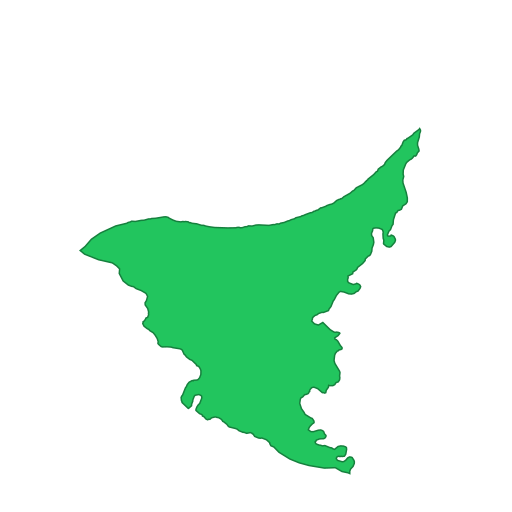 Ramón Villeda Morales, Gracias a Dios, Honduras (Natural Earth projection), rotated 291°
{"feature_id": "27666195B49147516395854", "entity_name": "Ramón Villeda Morales", "entity_type": "district", "adm_level": 2, "iso_a3": "HND", "parent_name": "Honduras", "parent_adm1": "Gracias a Dios", "projection": "natural_earth1", "projection_center": [-83.403, 15.103], "detail": "fine", "context": "isolated", "style": "filled", "palette": "green", "viewbox_px": 512, "rotation_deg": 291, "n_neighbors": 0, "source": "geoboundaries", "source_scale": "gbopen_adm2", "svg_char_len": 6084}
<svg xmlns="http://www.w3.org/2000/svg" viewBox="0 0 512 512"><g transform="rotate(291 256 256)"><path d="M86.5,421.5L88.8,420.6L91.2,420.7L94.3,422.0L97.5,422.1L99.1,421.6L100.3,420.7L102.3,418.0L102.3,416.7L101.9,415.3L100.3,413.9L97.6,413.0L95.6,411.7L94.8,410.3L94.4,405.3L95.6,403.5L97.2,403.5L98.4,404.4L98.8,405.4L98.8,406.3L99.6,407.2L99.6,408.1L100.8,410.3L103.1,410.8L107.9,409.9L109.5,409.1L109.9,408.2L109.9,405.9L109.1,403.2L107.6,400.9L103.6,398.6L103.6,396.8L104.0,395.5L103.6,393.6L103.7,388.2L102.5,386.0L102.5,384.2L102.1,382.8L102.1,379.6L102.9,378.3L103.7,377.8L104.5,378.3L105.7,378.3L108.1,381.0L109.7,384.7L110.8,385.6L112.4,386.0L113.6,385.6L114.4,383.8L116.4,382.0L116.8,380.7L116.8,378.8L115.7,376.6L112.5,372.5L111.7,370.2L112.5,367.1L114.9,367.1L116.5,367.5L119.7,368.9L120.9,369.8L121.7,369.8L122.9,369.0L124.5,366.7L124.5,364.9L125.7,358.6L127.3,356.8L129.7,353.2L134.1,349.6L138.1,348.7L139.7,348.8L141.2,350.1L144.0,351.1L144.4,352.0L146.0,353.8L146.8,354.2L147.9,354.2L148.7,354.7L149.5,354.3L150.7,354.3L153.1,355.2L154.3,357.0L154.3,361.1L152.2,366.9L152.6,367.8L152.6,369.2L153.4,370.1L155.8,369.7L159.3,370.6L161.3,370.2L161.3,371.1L162.5,374.2L164.1,375.6L166.5,376.1L168.0,377.9L170.4,378.4L172.4,377.9L174.0,377.0L177.2,376.2L178.4,375.3L184.0,368.1L186.4,366.3L191.5,365.0L193.5,365.0L196.3,365.9L197.1,366.9L198.3,367.3L199.0,368.7L200.2,369.6L201.4,369.1L202.6,366.9L205.8,362.9L206.6,361.1L206.6,359.7L207.0,359.3L207.8,358.8L211.0,361.1L213.8,362.0L214.2,361.6L214.2,360.2L213.8,358.4L213.0,357.1L213.0,355.7L213.8,351.6L217.9,342.2L213.9,339.0L213.6,334.9L215.2,331.3L217.2,331.3L218.7,330.9L221.5,332.3L223.1,334.1L224.7,335.0L227.0,337.7L227.4,339.1L231.0,343.2L232.6,343.2L235.7,344.1L241.7,344.2L243.3,344.7L248.0,345.2L252.0,346.5L253.2,347.5L253.9,351.1L253.9,356.1L254.7,358.8L256.2,361.0L258.6,362.4L259.8,363.8L263.0,364.7L264.9,364.7L266.1,363.4L266.5,362.0L266.6,359.8L265.8,359.3L264.2,357.0L264.2,352.5L265.0,350.7L267.4,349.8L268.6,349.9L270.2,349.0L274.1,352.6L275.7,352.2L278.9,354.5L280.1,354.9L281.7,354.9L287.2,358.2L290.8,359.5L292.4,359.1L296.3,360.9L297.1,361.9L298.3,362.3L301.9,362.4L305.0,361.5L308.6,361.5L311.0,361.1L315.0,358.9L316.6,356.6L318.6,355.7L321.3,355.8L323.3,355.3L324.1,355.8L325.3,358.0L326.1,360.8L326.0,364.4L324.0,366.2L322.1,366.6L318.1,368.4L316.5,369.7L313.3,370.6L312.9,371.0L311.7,374.6L312.1,377.3L313.2,378.7L318.4,380.6L320.4,380.6L321.6,380.1L323.6,377.9L324.0,376.6L324.0,374.7L323.2,374.7L322.8,374.3L322.0,372.5L322.0,371.6L322.8,371.1L326.8,371.2L328.8,372.1L333.1,372.1L334.7,372.6L339.1,371.3L346.2,370.9L347.0,371.8L349.4,372.3L350.2,373.6L351.8,375.0L355.3,375.0L358.5,377.3L360.9,377.8L364.4,376.5L369.2,373.4L376.8,367.1L379.6,365.8L383.2,365.4L385.2,364.0L389.1,362.7L395.9,362.8L397.5,363.2L401.0,365.1L401.8,366.0L403.4,366.9L406.2,367.8L406.5,369.2L408.1,369.7L410.1,369.7L412.5,370.6L414.1,369.7L417.3,367.1L419.7,366.2L425.6,365.8L428.8,364.9L431.2,364.9L432.4,364.5L433.6,363.1L432.5,362.8L427.2,359.4L425.2,358.9L420.5,355.7L419.7,354.8L418.9,354.8L417.7,353.9L417.3,353.0L415.4,352.5L411.4,352.5L410.6,352.0L409.4,352.0L406.2,351.0L404.3,349.7L392.4,344.1L389.6,343.2L387.7,343.2L386.5,342.7L384.9,341.8L384.1,340.9L380.9,339.0L378.6,339.0L377.8,338.1L374.2,336.7L367.9,333.0L367.1,333.0L365.9,332.1L365.1,332.1L364.7,331.6L363.1,331.1L360.8,329.8L355.7,325.2L352.1,323.8L351.3,322.9L348.5,321.5L343.0,316.9L340.3,315.5L339.9,314.6L339.1,314.2L338.7,313.3L336.7,311.4L333.2,309.6L331.2,307.7L330.8,306.8L328.5,304.1L327.3,303.2L324.5,300.0L324.1,299.1L321.0,297.2L320.2,295.9L319.0,295.0L318.6,294.1L316.6,292.7L315.9,291.3L312.3,287.2L310.8,285.8L310.0,284.5L308.8,283.6L306.0,279.5L304.5,278.5L302.5,275.8L300.9,274.4L300.1,273.1L297.4,270.3L295.4,267.1L294.2,266.2L293.5,264.0L291.9,262.1L291.5,260.8L289.2,257.1L286.1,247.6L284.9,244.9L282.6,241.7L281.4,238.1L280.2,237.1L279.4,235.3L277.5,233.0L276.7,231.2L276.7,229.9L275.9,228.1L275.1,227.1L272.0,219.4L267.8,207.2L266.6,202.2L265.9,198.1L265.9,196.3L265.1,194.0L264.8,189.1L263.6,184.5L263.6,182.7L263.2,181.8L263.6,180.5L262.9,177.7L262.1,176.4L262.1,175.5L260.9,173.6L259.8,169.1L259.8,165.5L260.2,161.4L260.6,160.1L260.3,157.8L259.5,156.0L255.2,148.7L253.6,145.1L252.8,144.2L252.1,142.4L249.3,138.7L248.1,136.0L245.0,131.0L243.9,127.4L242.7,126.4L241.5,124.6L240.3,123.7L233.8,114.3L221.6,102.4L212.6,96.3L203.7,93.1L198.1,89.9L196.3,95.3L196.1,110.4L198.1,124.3L196.9,129.3L195.1,133.3L190.7,134.6L185.1,140.9L183.1,147.2L183.1,150.8L183.5,152.6L182.6,155.8L182.6,161.2L181.8,166.2L181.4,167.1L179.4,169.3L175.0,169.7L172.6,169.2L170.6,170.1L168.2,173.7L165.0,176.0L164.2,176.0L162.6,176.8L159.9,176.8L158.7,175.5L157.1,175.4L155.5,175.0L153.9,174.1L153.5,174.5L152.3,174.5L150.3,176.7L149.1,180.8L149.1,182.1L148.3,183.5L147.5,187.6L145.9,190.3L143.5,193.4L140.7,195.6L139.5,195.6L138.7,196.5L137.5,199.7L137.5,201.0L139.4,205.6L140.6,209.6L140.6,211.0L142.1,218.2L142.1,219.6L141.7,220.9L138.5,224.1L138.1,225.4L136.9,227.2L135.7,231.3L135.7,233.5L133.2,239.4L132.4,239.8L132.4,242.1L130.8,244.3L129.2,245.7L125.6,247.0L122.1,247.0L119.7,246.1L118.9,245.1L117.7,242.4L116.9,242.0L116.9,241.1L114.2,238.8L111.4,237.9L109.0,237.8L107.8,237.4L99.9,237.3L98.7,236.9L97.1,236.8L94.3,238.2L93.1,239.5L92.7,239.5L89.5,247.2L89.5,247.6L93.1,249.5L94.7,249.0L97.8,249.0L99.0,248.6L103.0,248.6L104.2,249.1L106.2,252.3L106.1,254.5L105.7,255.4L104.1,256.3L98.2,256.3L96.2,255.4L93.8,254.9L91.4,254.9L90.3,255.3L88.6,259.8L88.6,261.6L88.2,263.0L87.4,263.4L87.4,264.8L85.8,267.9L85.8,269.7L86.6,270.2L87.0,271.5L89.0,272.5L90.9,275.2L91.3,276.1L91.3,277.5L91.7,278.8L91.3,281.5L90.5,283.3L89.7,284.2L89.7,285.1L88.4,289.2L87.2,291.0L86.8,292.3L87.6,298.7L87.6,300.5L86.8,302.7L86.7,307.2L87.1,307.7L87.1,310.8L89.1,314.0L89.1,315.8L88.7,316.3L88.7,317.2L87.1,319.4L87.0,323.5L87.4,325.3L88.2,326.7L88.2,331.6L86.6,335.7L85.8,336.1L84.2,337.9L84.1,341.1L81.0,347.8L78.6,360.4L78.4,370.5L79.4,380.6L82.5,395.8L86.8,405.9L85.6,413.5L86.6,419.8L86.5,421.5Z" fill="#22c55e" stroke="#15803d" stroke-width="1.5"/></g></svg>